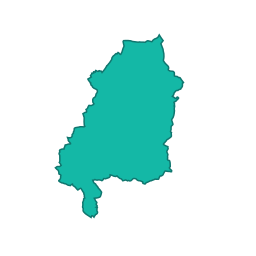 Rocafuerte, Manabi, Ecuador (Natural Earth projection), rotated 123°
{"feature_id": "8360857B52091379979635", "entity_name": "Rocafuerte", "entity_type": "district", "adm_level": 2, "iso_a3": "ECU", "parent_name": "Ecuador", "parent_adm1": "Manabi", "projection": "natural_earth1", "projection_center": [-80.385, -0.898], "detail": "fine", "context": "isolated", "style": "filled", "palette": "teal", "viewbox_px": 256, "rotation_deg": 123, "n_neighbors": 0, "source": "geoboundaries", "source_scale": "gbopen_adm2", "svg_char_len": 5878}
<svg xmlns="http://www.w3.org/2000/svg" viewBox="0 0 256 256"><g transform="rotate(123 128 128)"><path d="M221.3,108.0L220.7,108.1L218.2,108.0L217.3,107.5L216.5,107.3L215.9,107.4L215.3,107.6L215.0,107.8L214.7,108.6L213.9,109.3L211.7,110.5L211.3,110.5L211.3,110.8L211.6,111.5L211.1,111.3L210.4,111.3L209.9,111.7L209.7,112.5L209.2,113.3L207.8,113.4L207.4,113.6L207.2,114.0L207.0,115.1L205.8,117.0L205.3,118.0L204.6,117.3L203.9,116.3L202.7,115.1L201.4,114.1L200.8,113.9L199.8,114.0L198.0,114.5L196.2,115.2L195.2,117.6L194.4,120.7L194.1,120.8L193.8,121.5L193.5,122.4L193.4,123.2L192.6,124.7L192.6,125.4L192.6,126.3L192.5,126.8L192.2,127.4L191.0,129.1L190.3,128.2L189.2,127.7L189.1,126.8L189.0,126.4L188.3,125.2L187.4,124.3L187.1,123.7L186.5,122.2L186.4,121.2L184.9,120.7L183.7,120.9L183.4,120.5L182.9,119.3L180.7,117.5L179.5,116.7L178.2,116.7L177.9,116.9L177.0,117.5L176.3,115.1L176.2,114.0L176.0,113.3L175.3,111.8L174.6,111.5L174.2,111.2L174.2,110.9L174.5,109.9L174.7,107.8L174.7,106.9L174.4,106.2L174.4,105.9L174.4,105.5L175.1,103.6L173.5,102.2L172.9,101.7L172.5,99.5L172.2,99.4L171.7,98.9L171.4,97.6L171.0,97.2L170.3,96.7L168.0,96.2L167.5,96.0L166.8,95.0L166.4,94.0L166.3,93.4L166.6,92.4L166.6,91.2L166.3,90.2L165.6,88.9L165.4,87.2L165.1,86.5L166.3,85.3L165.8,83.4L165.3,83.0L164.2,83.0L163.8,82.9L162.7,82.0L160.3,80.6L159.5,79.7L158.2,78.9L157.4,78.2L156.3,77.6L156.0,77.2L155.6,76.4L154.3,74.5L151.2,75.0L150.4,74.6L150.0,73.9L149.6,73.7L148.5,73.2L147.8,73.2L146.5,73.4L145.2,73.5L144.3,73.5L143.9,73.4L143.6,73.0L142.5,70.5L141.9,69.7L141.4,68.3L141.0,67.7L140.0,68.1L139.8,68.5L139.4,70.7L139.1,71.4L138.6,71.7L137.5,71.5L137.1,71.7L134.3,73.7L133.0,75.0L132.8,75.5L132.8,75.9L133.2,76.5L133.2,76.9L132.7,78.0L131.7,78.3L130.1,79.5L128.5,80.1L127.6,81.4L127.3,82.0L126.7,82.6L125.7,82.9L123.8,83.0L123.2,83.3L122.5,84.1L121.9,84.4L122.3,85.9L122.5,88.0L122.5,88.7L122.2,89.5L121.1,89.5L120.0,89.2L119.0,89.2L117.9,88.9L116.6,89.0L115.0,88.1L114.2,87.9L113.1,87.4L111.9,87.1L111.1,87.2L108.7,89.0L108.1,89.1L108.1,90.0L107.9,90.4L105.5,91.2L104.6,91.9L103.0,92.7L100.7,92.2L100.0,92.7L97.6,95.7L97.1,95.9L94.3,96.0L92.4,96.5L90.7,97.2L88.1,98.5L87.5,99.1L86.5,99.8L84.2,100.8L84.4,101.3L82.4,102.1L81.9,103.0L81.5,103.4L81.0,103.4L80.2,102.8L79.6,102.6L79.0,102.3L78.1,102.4L77.2,101.9L76.7,102.0L75.6,101.8L75.3,101.9L75.0,103.0L75.1,103.4L75.5,103.7L76.5,103.6L77.2,104.4L77.4,104.7L77.2,106.7L77.3,108.0L75.3,107.8L73.5,108.4L70.9,108.1L70.3,107.8L69.9,107.4L69.3,106.6L69.1,106.6L68.1,106.2L66.9,105.2L66.5,105.0L66.0,105.2L65.0,105.0L63.5,105.1L62.5,105.6L60.7,106.8L60.4,106.7L60.5,106.4L59.6,106.3L59.6,106.5L59.4,106.8L58.5,109.4L57.8,110.9L57.5,111.8L57.8,112.6L58.1,112.9L58.0,114.8L59.0,116.8L59.0,117.5L58.4,117.9L56.6,119.1L56.2,119.5L55.9,120.8L56.1,121.4L57.3,123.7L57.4,124.9L57.4,125.7L57.0,126.1L56.6,126.4L55.8,126.4L54.8,127.2L54.3,128.1L53.5,132.0L52.4,134.8L51.7,135.3L49.8,136.1L48.5,136.8L46.2,138.4L44.0,140.6L42.9,141.5L39.3,146.4L35.6,146.1L34.2,149.7L32.9,152.5L35.5,152.3L37.3,153.0L38.9,154.2L40.9,154.9L42.4,154.9L42.7,155.1L43.9,158.6L44.3,159.2L45.4,159.8L46.7,160.2L47.6,161.8L49.1,164.2L49.6,165.3L50.5,166.2L53.0,171.4L53.4,173.2L54.7,175.7L56.7,178.7L57.1,179.2L57.9,179.3L58.4,179.0L60.8,176.6L61.1,176.2L61.9,175.8L63.9,175.5L67.7,174.4L70.3,174.2L70.4,174.4L70.5,175.0L70.0,176.9L70.1,177.5L71.7,177.5L71.9,177.6L71.9,178.3L72.2,178.6L73.2,178.9L74.2,179.0L75.7,179.6L77.7,179.7L79.5,179.0L83.5,179.0L84.6,179.2L86.9,179.4L87.2,179.7L89.5,179.5L92.4,179.6L95.6,180.0L94.9,181.4L95.2,181.8L95.6,183.4L95.9,183.6L96.4,183.4L96.9,184.0L97.2,185.0L97.2,186.0L97.4,186.5L98.1,186.3L98.8,185.9L99.5,187.4L99.9,187.4L100.5,186.8L101.8,188.2L102.1,187.8L104.5,188.0L105.2,186.6L106.1,187.1L107.0,187.3L108.4,188.2L108.8,188.3L109.5,187.1L110.3,184.9L110.5,183.8L110.9,183.8L110.9,183.7L112.1,182.4L112.2,182.0L112.2,181.2L113.0,179.9L113.2,178.0L112.9,176.5L112.9,174.9L113.0,174.5L113.8,173.7L115.0,173.2L116.7,173.3L119.1,172.5L120.3,172.6L121.8,173.3L123.2,173.1L123.8,172.8L125.4,171.6L126.1,170.3L126.2,169.8L126.6,169.7L127.6,170.0L128.9,170.8L129.4,171.3L129.9,172.4L130.4,173.1L132.0,173.0L133.4,172.7L134.7,172.9L135.3,173.3L136.0,172.3L136.7,171.7L137.3,171.5L137.6,171.6L137.9,172.1L138.3,172.5L139.6,173.1L140.3,173.5L140.6,173.6L141.2,172.7L142.1,171.7L142.7,170.9L143.3,170.3L146.6,168.3L148.6,166.8L149.5,166.2L150.1,165.1L150.7,165.3L151.2,165.8L152.2,167.6L153.1,168.9L154.0,169.7L156.3,172.2L156.7,172.5L157.5,172.8L157.9,172.7L158.5,172.3L159.9,171.7L161.2,171.6L162.1,171.0L163.9,171.3L165.4,170.4L165.8,170.3L166.7,170.5L167.3,170.8L168.5,172.4L168.9,173.6L169.1,173.4L169.8,172.2L171.0,171.3L171.2,171.0L172.1,167.9L172.4,167.7L172.6,167.6L173.0,168.0L174.0,169.3L175.7,170.6L176.4,171.4L176.7,171.4L177.9,170.9L179.2,170.8L180.4,170.2L181.7,172.0L182.3,172.3L183.1,173.1L184.0,173.1L184.5,173.0L185.2,172.1L186.4,172.1L187.1,171.8L187.4,171.5L187.9,170.6L188.4,170.1L192.6,167.3L193.5,166.9L194.3,166.9L195.0,164.9L195.6,164.1L195.8,163.7L197.5,164.3L198.9,166.4L200.9,167.2L201.4,165.0L201.5,163.4L202.8,161.9L204.0,161.0L204.2,160.6L204.2,160.3L203.9,159.2L204.2,158.6L204.4,158.4L205.4,158.1L206.6,157.3L208.6,157.0L209.3,157.4L209.8,157.4L210.1,157.2L210.2,156.8L210.3,156.0L210.1,153.6L209.5,152.4L209.4,151.2L208.8,150.0L208.6,147.1L207.8,145.2L207.6,144.9L206.8,144.8L206.1,144.6L205.3,144.0L205.8,143.5L206.2,142.7L206.3,140.2L207.1,137.6L207.3,136.3L205.3,135.5L204.3,134.8L204.3,134.4L204.9,133.2L205.5,132.1L206.5,129.8L206.8,129.5L207.4,129.1L207.9,128.2L209.3,127.3L210.0,126.6L210.3,126.1L211.1,126.5L211.6,126.6L212.7,125.9L215.1,125.4L216.4,124.4L217.6,123.7L219.0,123.1L219.5,122.5L219.8,121.8L221.7,120.7L222.2,120.1L222.5,119.4L223.0,117.3L223.1,116.1L223.1,110.3L222.6,110.5L221.2,110.5L221.0,109.9L221.0,109.1L221.2,108.4L221.3,108.0Z" fill="#14b8a6" stroke="#0f766e" stroke-width="1.5"/></g></svg>